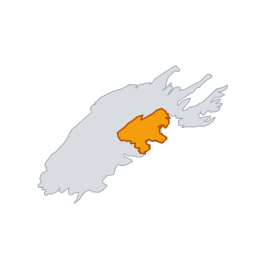 where Norðurland vestra sits in Iceland, rotated 149°
{"feature_id": "ISL-697", "entity_name": "Norðurland vestra", "entity_type": "Region", "adm_level": 1, "iso_a3": "ISL", "parent_name": "Iceland", "parent_adm1": "", "projection": "robinson", "projection_center": [-19.727, 65.454], "detail": "fine", "context": "in_parent", "style": "filled", "palette": "amber", "viewbox_px": 256, "rotation_deg": 149, "n_neighbors": 0, "source": "natural_earth", "source_scale": "10m", "svg_char_len": 8204}
<svg xmlns="http://www.w3.org/2000/svg" viewBox="0 0 256 256"><g transform="rotate(149 128 128)"><path d="M195.2,95.2L197.4,95.3L201.0,94.4L206.2,91.9L208.4,91.4L213.5,91.3L207.4,93.8L205.2,96.5L203.6,97.8L203.6,98.4L208.0,100.0L210.1,99.5L211.0,99.7L211.9,100.5L212.5,102.0L212.2,103.6L211.0,105.2L209.4,106.5L209.6,106.9L211.0,107.1L218.1,106.3L219.0,108.3L219.6,108.9L219.5,109.6L216.7,111.7L220.0,110.4L222.7,110.0L227.2,110.6L229.1,111.4L230.3,112.7L232.5,112.3L233.6,113.1L233.6,113.9L232.7,116.1L230.1,117.2L231.8,118.8L233.2,118.9L233.4,119.2L233.3,120.2L231.3,121.3L234.8,122.6L235.2,123.0L235.1,124.5L234.6,125.3L233.6,125.7L231.1,125.8L229.6,126.4L230.2,127.3L229.8,129.8L227.9,131.9L226.1,133.0L224.4,133.7L219.4,132.9L219.7,134.7L217.9,135.8L218.3,136.7L218.9,137.2L218.7,138.4L216.5,140.8L214.9,141.6L211.8,142.5L207.2,144.7L202.6,144.7L191.2,147.9L186.8,149.6L178.8,154.8L175.4,156.1L169.5,156.8L152.0,160.1L150.0,162.2L150.0,162.6L150.8,163.4L149.4,164.8L146.8,165.8L145.5,165.8L143.3,165.0L143.1,165.4L143.9,166.5L135.3,168.2L123.4,167.3L112.8,164.8L104.4,164.3L98.5,160.8L98.4,160.3L99.0,159.2L101.1,158.8L100.1,157.7L96.5,159.5L95.4,159.5L93.9,158.7L93.8,158.0L90.8,157.7L85.7,155.5L85.3,155.0L86.6,154.3L86.3,154.1L83.6,154.3L79.5,156.3L55.5,157.1L54.7,156.0L53.8,152.0L54.6,150.4L55.6,150.5L58.4,152.8L64.8,151.5L67.5,150.7L69.9,148.5L71.3,147.8L73.3,145.0L75.3,143.3L79.4,142.6L75.8,142.1L69.7,144.3L67.6,144.3L68.6,143.3L70.7,142.2L69.3,142.1L68.7,141.7L68.7,140.6L69.8,139.0L76.9,136.0L75.3,135.5L70.3,137.7L66.7,138.5L63.8,137.5L62.4,136.1L62.5,135.5L64.3,133.7L64.0,133.4L62.8,133.2L59.7,131.6L54.7,131.7L42.3,130.8L32.9,133.1L30.7,132.0L29.0,129.8L29.4,128.9L31.0,128.4L35.6,128.5L42.3,127.4L45.4,126.1L46.6,126.4L47.1,127.1L51.3,126.1L53.5,125.0L57.2,125.5L71.2,124.9L73.0,123.5L73.8,121.8L73.4,121.4L68.3,123.0L67.1,123.0L61.2,122.2L59.1,121.2L59.8,120.5L63.0,118.8L71.0,116.1L72.2,115.5L72.3,114.9L69.1,113.7L63.1,114.1L61.6,112.7L56.7,111.9L53.4,112.4L51.6,111.5L31.9,115.9L25.6,113.9L21.1,113.6L20.8,112.9L23.5,111.0L25.3,110.7L27.1,110.8L30.5,112.2L32.9,112.6L30.0,110.6L29.9,108.8L29.0,108.3L28.1,107.0L28.5,106.6L32.1,106.9L37.7,109.0L40.6,108.7L44.3,107.3L36.1,106.5L33.6,104.8L35.5,103.9L39.7,104.0L35.1,101.0L34.9,100.5L35.7,99.2L41.6,100.4L38.5,98.6L38.4,98.2L39.3,97.9L39.8,96.8L41.3,96.4L44.3,96.8L48.8,98.8L49.5,99.4L49.6,101.4L51.4,101.1L53.6,101.4L55.4,100.0L56.7,100.3L57.6,101.6L57.4,104.3L58.7,103.3L60.8,103.3L61.2,101.0L60.9,99.2L53.9,97.1L51.2,95.6L51.5,95.1L52.9,94.6L60.2,94.3L57.1,93.4L56.3,92.5L50.8,92.8L48.0,92.4L47.9,92.0L49.1,91.3L52.5,89.9L58.9,89.7L61.4,90.1L66.3,93.2L70.3,94.5L76.8,98.7L81.1,100.3L81.3,100.7L80.6,101.2L78.9,101.8L81.4,102.5L82.9,103.6L83.0,104.1L81.6,107.5L80.0,108.6L76.1,107.9L77.0,109.0L79.8,110.2L80.4,110.8L80.0,111.4L81.3,111.2L81.7,111.6L81.1,113.5L80.4,114.2L82.7,114.6L84.3,115.6L86.3,119.4L87.4,116.5L87.9,115.4L88.9,115.0L90.1,111.9L92.7,110.1L95.2,109.5L97.7,111.6L99.6,111.8L101.5,108.0L101.8,105.3L101.2,102.3L101.6,100.1L102.8,98.8L104.5,98.4L108.0,99.7L110.9,102.7L115.4,106.0L118.5,106.8L119.0,106.7L119.6,105.6L119.1,101.3L120.5,99.1L124.2,98.5L129.7,96.4L131.0,96.3L133.7,97.5L138.6,101.9L142.1,103.9L144.0,107.1L144.8,107.7L145.6,106.7L145.6,105.2L141.3,98.6L141.3,97.7L141.7,97.0L149.3,97.4L151.0,98.1L156.3,101.9L158.8,100.3L163.9,95.9L165.7,96.0L170.1,97.8L171.8,97.6L176.9,96.0L178.0,94.0L175.6,89.7L176.5,88.8L181.2,87.8L186.4,88.0L191.8,91.9L192.0,93.8L195.2,95.2Z" fill="#d9dde1" stroke="#a8b0b8" stroke-width="1"/><path d="M87.1,121.9L87.3,121.8L87.5,121.5L87.2,120.9L87.2,120.5L87.1,120.3L86.9,120.0L86.6,119.6L86.4,119.4L86.7,119.1L86.9,119.1L86.8,118.8L86.9,118.7L87.1,118.5L87.3,118.4L87.4,118.0L87.4,117.6L87.0,115.7L86.9,114.9L87.2,114.6L87.8,114.8L88.2,115.2L88.8,116.3L89.3,116.9L89.4,117.1L89.6,117.3L90.2,117.4L90.5,117.5L90.6,117.3L90.1,116.7L89.7,116.0L89.3,115.1L89.2,114.4L89.1,113.8L89.1,113.4L89.2,113.0L89.3,112.9L89.5,112.6L89.8,111.8L89.9,111.6L90.5,111.0L92.7,110.1L93.9,109.2L94.3,109.1L94.7,109.1L94.9,109.0L95.0,108.7L95.3,108.7L95.5,108.8L95.8,109.0L96.2,109.0L96.3,109.3L96.2,109.3L95.9,110.4L95.9,110.9L96.1,111.3L95.8,111.7L95.8,112.2L96.0,112.4L96.5,112.3L96.3,111.9L96.3,111.5L96.6,111.3L97.0,111.5L97.2,111.9L97.3,112.2L97.2,112.4L97.1,112.5L97.6,112.8L97.8,113.1L98.0,113.4L98.2,113.5L98.4,113.6L98.7,113.7L98.9,113.7L99.1,113.7L99.6,113.5L99.8,113.3L99.9,112.9L100.1,112.3L99.9,112.2L99.6,111.9L99.3,111.8L98.7,111.8L98.3,111.8L98.1,111.6L98.7,111.5L99.3,111.5L99.6,111.4L100.2,111.2L100.4,111.1L100.7,111.4L100.6,112.5L100.9,112.8L100.8,112.4L101.0,112.1L101.1,111.9L100.9,111.5L101.1,111.1L101.7,110.6L102.0,110.3L102.1,110.2L102.1,109.8L102.2,109.6L102.4,109.5L102.8,109.5L103.2,109.4L102.8,109.4L102.5,109.0L102.5,108.7L103.0,108.4L103.2,108.2L103.3,107.8L103.3,107.4L103.2,106.8L102.8,106.2L102.3,105.7L101.9,105.4L101.9,105.2L102.4,105.0L102.2,104.3L101.7,103.4L101.0,102.5L100.8,102.3L100.7,101.4L100.6,101.0L100.4,100.7L100.1,100.4L99.8,100.2L100.1,100.0L100.3,99.6L100.4,99.2L100.2,98.9L100.6,98.7L101.0,98.6L101.8,98.7L102.0,98.6L102.4,98.4L102.6,98.3L102.8,98.3L103.5,98.3L103.9,98.2L104.6,97.8L104.9,97.7L105.9,97.8L106.1,97.9L106.3,97.9L106.7,97.7L106.8,98.2L107.1,98.5L107.4,98.7L107.9,98.9L107.8,99.1L108.0,99.2L108.1,99.3L108.3,99.7L108.6,100.1L109.4,100.9L109.5,101.2L109.6,101.3L109.7,101.5L109.9,101.6L109.7,101.9L109.6,102.0L110.0,102.3L110.5,102.6L110.9,102.9L110.8,103.4L111.2,103.5L112.2,103.6L113.0,103.9L113.3,103.9L113.5,103.9L113.7,104.1L113.8,104.2L114.1,104.2L114.3,104.4L114.4,104.6L114.4,104.8L114.5,104.9L114.9,105.4L115.0,105.6L115.1,105.9L115.2,106.6L115.3,106.9L115.7,107.2L116.7,107.4L117.1,107.7L117.3,107.1L117.4,106.9L118.0,107.0L118.3,107.2L118.5,107.3L119.3,107.3L119.1,107.4L118.9,107.5L119.0,107.8L119.5,107.7L119.9,107.2L120.1,106.5L120.2,105.7L120.2,105.1L120.1,104.5L119.8,103.9L119.3,103.0L119.2,102.8L118.0,102.1L118.1,101.7L118.3,101.5L118.5,101.4L118.9,101.4L119.3,101.3L119.6,101.1L119.9,100.8L119.7,100.6L119.5,100.4L119.4,100.2L119.2,99.6L119.3,99.5L119.5,99.3L119.8,99.1L120.9,98.7L123.5,98.5L124.4,98.9L124.9,98.9L124.9,98.5L125.0,98.4L125.3,98.3L125.5,98.3L125.4,98.7L125.8,98.8L126.5,99.1L126.9,99.2L126.6,99.1L126.4,98.9L126.3,98.7L126.2,98.5L126.3,98.5L126.3,98.3L126.2,98.3L126.0,98.2L125.9,98.2L126.1,97.8L126.3,97.2L126.5,97.0L127.5,97.5L127.8,97.7L128.1,98.2L128.8,99.0L129.0,99.1L130.6,100.2L130.8,100.5L130.5,100.8L130.4,100.9L130.4,101.0L130.4,101.4L130.4,101.5L130.2,101.6L129.9,101.8L129.8,102.0L130.2,102.1L130.5,102.3L130.7,102.5L130.7,102.8L130.8,103.0L130.7,103.2L130.6,103.3L130.5,103.5L130.0,103.9L129.9,104.0L129.7,104.1L128.9,104.1L128.7,104.2L128.5,104.3L128.4,104.4L128.4,104.6L128.3,105.0L128.5,105.3L129.4,105.7L130.3,106.2L130.7,106.3L130.9,106.4L131.1,106.6L131.4,107.0L131.5,107.2L131.6,107.4L131.5,107.5L131.5,107.8L131.7,108.0L131.8,108.1L132.0,108.3L132.0,108.7L132.0,108.8L131.8,108.9L131.0,109.3L130.9,109.4L130.8,109.6L130.8,109.9L130.7,110.0L130.4,110.2L130.4,110.3L130.3,110.6L130.2,110.8L129.8,111.0L129.7,111.0L129.7,111.3L129.8,111.4L129.9,111.5L130.0,111.6L130.3,111.6L130.6,111.8L131.0,112.1L131.8,112.2L132.0,112.3L132.3,112.5L132.7,112.6L133.0,112.8L133.4,113.0L133.5,113.2L133.5,113.3L133.5,113.5L133.4,113.5L132.9,113.9L132.9,114.0L132.8,114.3L132.8,114.5L132.7,114.6L132.5,114.9L132.4,115.0L132.5,115.4L132.7,115.5L133.0,115.5L133.3,115.7L133.6,115.8L133.8,116.1L133.8,116.3L133.9,116.6L134.0,116.8L134.5,117.0L135.9,117.1L136.0,117.2L136.2,117.3L136.3,117.5L136.6,118.4L136.8,118.8L137.2,119.1L138.0,119.7L139.6,120.2L139.9,120.4L140.3,120.7L140.4,120.9L140.6,121.5L140.8,122.5L140.9,123.8L140.9,124.4L140.9,125.0L140.8,125.5L140.3,127.2L139.5,129.3L130.7,130.4L125.1,131.9L120.2,131.8L115.0,132.7L114.4,132.8L114.0,132.7L108.9,131.4L109.9,130.4L112.2,128.9L112.4,128.8L112.5,128.5L112.5,128.4L112.5,128.2L112.4,127.9L112.2,127.9L106.4,127.7L101.7,127.7L100.7,127.4L100.4,127.4L94.1,128.4L93.8,128.4L93.0,128.0L92.8,127.9L91.2,127.9L90.9,127.8L89.2,127.2L89.0,126.9L88.7,126.5L88.6,126.2L88.3,125.2L87.8,124.5L87.5,124.2L87.4,123.9L87.3,123.6L87.3,123.4L87.3,122.9L87.3,122.5L87.1,122.2L87.1,121.9Z" fill="#f59e0b" stroke="#b45309" stroke-width="1.5"/></g></svg>